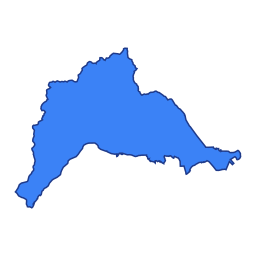 Dumbravita, Brasov, Romania (Albers equal-area conic projection)
{"feature_id": "2599482B55040736650131", "entity_name": "Dumbravita", "entity_type": "district", "adm_level": 2, "iso_a3": "ROU", "parent_name": "Romania", "parent_adm1": "Brasov", "projection": "albers", "projection_center": [25.392, 45.783], "detail": "fine", "context": "isolated", "style": "filled", "palette": "blue", "viewbox_px": 256, "rotation_deg": 0, "n_neighbors": 0, "source": "geoboundaries", "source_scale": "gbopen_adm2", "svg_char_len": 5727}
<svg xmlns="http://www.w3.org/2000/svg" viewBox="0 0 256 256"><path d="M31.8,207.8L32.7,207.0L33.6,205.2L34.2,203.4L33.6,203.8L33.3,203.8L34.1,202.7L34.4,202.0L35.2,201.6L37.0,199.4L37.2,198.6L37.6,198.6L38.0,196.7L39.4,195.1L40.5,195.5L41.3,194.3L41.9,191.3L43.3,190.1L43.5,189.4L43.9,188.9L44.7,188.2L46.2,187.5L48.2,185.9L49.5,183.1L52.2,180.0L53.5,179.1L57.1,177.3L60.4,174.7L60.7,173.8L60.8,172.8L61.6,170.5L63.3,167.2L67.4,163.7L67.8,163.2L68.2,160.8L70.1,159.2L76.2,156.6L78.2,154.3L80.3,151.2L82.5,148.5L82.8,147.0L83.8,145.2L86.3,143.8L88.0,143.3L88.8,143.1L94.4,143.0L95.0,143.1L96.7,144.3L97.8,145.4L98.1,145.8L98.2,146.9L98.6,147.7L100.6,149.3L105.3,151.0L106.0,151.2L106.8,151.0L107.1,151.7L111.3,153.6L114.9,154.2L116.5,154.0L116.8,154.3L116.6,155.8L116.8,156.5L117.5,156.2L117.7,155.8L118.4,154.9L118.1,154.5L117.9,154.0L118.8,154.0L119.4,153.7L120.2,153.6L122.0,154.5L122.6,154.2L121.0,153.2L122.3,153.2L127.3,154.8L129.7,154.7L131.6,155.0L134.9,156.4L135.6,156.5L137.3,156.1L138.9,155.4L140.0,155.5L141.0,155.2L146.6,155.1L146.6,156.2L147.4,156.8L147.8,158.7L147.9,158.9L148.9,158.7L148.5,159.2L149.6,160.2L149.6,160.5L150.3,161.3L150.6,160.9L151.3,161.3L153.7,161.8L154.6,162.4L155.2,163.0L155.3,161.9L155.0,161.1L155.2,160.9L156.3,160.7L157.6,161.6L158.6,161.0L158.9,161.1L160.1,162.1L160.4,161.5L160.3,161.3L160.8,161.5L162.1,162.8L163.8,163.7L163.9,162.8L164.9,161.6L165.4,160.4L165.4,160.2L164.9,159.5L164.9,158.7L164.3,157.6L164.3,157.3L164.2,156.5L164.6,155.7L166.3,156.1L167.5,156.1L168.2,156.3L168.5,156.1L169.1,156.3L169.9,155.7L170.7,155.8L170.9,155.9L171.0,156.3L171.4,156.5L172.9,157.8L173.6,158.2L173.8,158.1L173.8,157.6L174.0,157.5L174.1,156.9L174.5,156.4L178.0,158.0L178.1,157.9L179.0,159.0L180.1,161.3L180.3,166.2L184.0,166.1L185.9,172.6L185.9,173.3L186.2,174.2L186.8,174.0L189.7,171.6L189.4,171.2L190.2,170.3L189.8,169.8L190.7,168.1L191.5,167.0L192.9,165.8L194.7,165.2L196.6,163.8L197.3,163.6L198.8,162.6L201.4,162.2L201.6,162.7L203.8,161.8L203.9,162.3L205.2,161.9L206.7,161.0L207.0,160.7L209.0,161.7L209.5,162.2L213.4,166.7L216.2,170.3L218.7,170.4L222.1,169.6L222.1,169.4L223.7,169.4L224.8,169.2L226.0,169.7L229.4,161.5L232.4,164.6L233.8,163.3L230.4,159.4L231.2,159.1L232.3,158.3L234.9,156.7L235.8,157.4L236.5,158.4L236.6,159.0L236.9,159.6L237.4,159.7L238.6,159.3L239.7,158.4L240.6,156.7L240.4,154.8L240.4,153.4L238.9,151.1L237.9,150.4L235.2,152.0L233.5,152.5L230.5,152.6L229.8,152.5L228.6,151.4L228.0,151.2L221.6,151.1L221.0,151.4L220.9,149.4L220.7,149.9L220.4,150.1L220.0,150.8L219.5,150.9L218.7,149.9L218.6,148.6L217.5,148.7L216.8,148.3L216.2,148.2L216.1,148.4L216.4,149.1L216.0,149.4L215.1,149.0L214.6,148.5L213.4,147.9L213.3,147.1L208.2,147.3L205.6,147.2L205.1,146.2L196.8,135.7L190.4,126.9L189.3,125.8L188.4,124.1L187.7,123.0L185.9,119.8L185.3,116.9L185.2,115.9L184.6,115.4L184.5,115.1L184.7,114.6L184.3,113.9L182.6,111.8L181.4,110.6L180.5,109.4L179.9,109.0L178.5,108.3L176.4,105.4L175.4,105.2L172.3,100.0L171.5,99.2L171.1,99.0L169.8,99.1L167.8,99.9L165.5,96.6L163.7,96.0L163.1,95.3L159.7,92.9L159.1,92.5L158.1,92.4L156.0,91.1L154.9,91.3L153.5,92.1L152.0,92.3L150.6,92.3L149.5,92.9L148.0,94.2L147.2,93.9L146.2,94.4L145.7,94.4L144.2,94.0L142.0,95.1L141.4,94.9L140.2,93.2L139.8,91.9L139.0,91.6L138.6,91.2L138.1,90.1L138.4,89.5L138.4,88.6L138.2,88.3L138.2,86.9L138.0,86.3L137.0,85.3L136.6,84.1L135.6,83.5L134.6,82.6L134.2,81.7L133.7,80.9L133.3,79.4L133.4,77.6L133.1,77.0L133.2,75.5L133.5,74.9L133.5,74.3L134.4,72.6L134.1,71.4L134.3,71.1L135.5,70.6L137.0,68.6L135.4,67.8L135.1,65.9L133.2,64.3L133.2,64.0L133.0,63.5L132.9,62.6L132.0,61.2L131.8,59.7L129.5,58.8L128.0,57.5L127.4,53.2L127.6,51.1L127.1,49.8L127.2,48.4L124.8,48.2L123.6,48.8L123.5,50.0L122.3,51.7L120.6,53.5L119.6,54.3L119.3,54.3L118.0,53.8L113.3,53.3L112.4,54.1L111.5,54.5L111.0,55.3L110.3,55.6L109.7,56.8L109.6,57.3L108.6,57.9L107.5,58.2L106.4,58.0L106.2,58.6L105.2,59.6L105.1,60.3L103.7,59.7L102.9,58.5L101.8,57.7L100.0,57.7L99.7,60.2L97.3,61.7L96.3,62.6L96.1,63.5L95.8,63.2L94.2,63.2L93.5,63.4L92.6,63.2L92.0,62.9L91.5,62.2L90.0,61.6L89.3,61.6L87.5,62.9L86.7,65.1L85.1,66.0L83.1,67.4L82.0,68.5L82.3,70.3L81.4,71.5L80.6,73.1L80.0,73.8L78.2,75.1L78.6,77.6L77.0,81.6L75.6,81.9L74.2,81.6L72.3,80.3L71.2,80.3L69.1,80.6L68.0,81.1L67.6,81.7L67.1,82.0L65.7,81.4L64.8,81.2L64.3,81.6L63.2,81.8L62.8,81.6L61.7,81.5L60.2,82.0L57.3,80.9L56.1,81.5L55.3,82.1L54.8,82.1L53.8,81.5L53.0,81.3L52.4,81.8L51.2,82.2L49.9,82.3L49.4,82.7L48.5,84.8L48.6,85.6L49.4,86.6L50.0,86.8L50.6,87.5L48.8,88.9L48.0,89.1L46.7,90.0L46.6,90.5L46.8,92.0L46.9,93.5L46.2,95.1L46.2,95.7L47.9,99.3L46.9,99.8L46.8,100.3L46.4,101.0L45.8,101.5L44.6,102.1L43.2,103.3L42.0,104.7L41.1,106.8L41.1,108.2L40.9,108.8L41.5,109.5L41.9,110.6L43.7,110.4L44.2,110.7L45.1,111.7L45.1,111.9L45.4,112.1L45.3,112.5L44.1,113.7L44.0,115.0L43.7,115.3L43.0,115.7L43.0,116.1L42.8,116.4L43.0,116.6L42.9,116.9L42.6,117.1L41.9,118.6L41.9,119.1L42.5,119.8L40.2,121.1L39.9,121.1L38.9,121.7L38.4,122.2L38.4,123.5L37.6,124.6L34.1,125.4L33.8,125.2L33.0,125.7L32.7,126.2L32.6,126.9L32.8,128.2L33.9,129.5L34.4,130.4L33.8,134.0L33.8,134.6L34.2,135.9L33.1,138.4L32.8,140.0L32.8,141.2L34.4,143.1L34.7,144.1L34.7,145.0L34.3,145.8L33.0,147.5L31.9,148.3L32.0,149.6L32.2,150.1L33.4,152.1L33.5,153.8L33.3,154.3L33.6,154.9L34.1,157.1L34.9,159.4L35.1,161.6L34.7,162.2L34.4,164.8L33.4,165.9L33.2,166.4L33.1,167.2L33.3,168.0L33.7,168.7L33.6,170.3L31.8,172.3L31.5,173.6L30.5,174.4L29.2,176.0L28.8,176.9L27.9,180.7L27.5,181.3L26.9,181.7L21.4,183.1L19.4,184.6L18.0,188.1L16.0,191.2L15.4,191.9L17.1,193.4L17.8,194.6L18.7,195.9L21.8,197.5L23.3,197.8L26.1,199.4L26.4,199.8L26.5,199.9L26.6,201.1L26.4,204.1L27.3,206.0L27.4,206.7L28.2,206.9L29.8,206.8L31.8,207.8Z" fill="#3b82f6" stroke="#1e3a8a" stroke-width="1.5"/></svg>